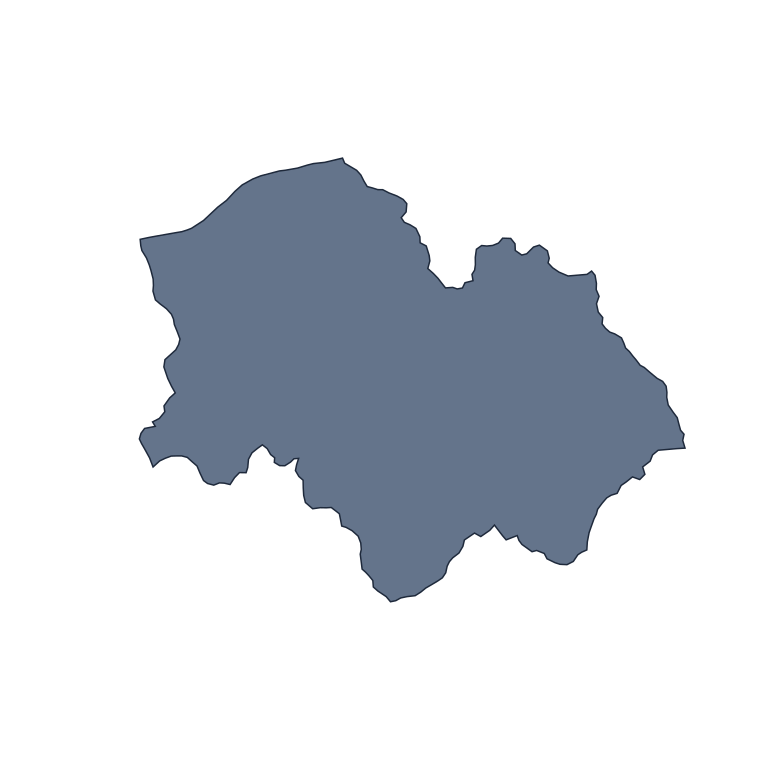 Cardoso, São Paulo, Brazil (Albers equal-area conic projection), rotated 329°
{"feature_id": "56859067B23507277566037", "entity_name": "Cardoso", "entity_type": "district", "adm_level": 2, "iso_a3": "BRA", "parent_name": "Brazil", "parent_adm1": "São Paulo", "projection": "albers", "projection_center": [-49.951, -20.067], "detail": "fine", "context": "isolated", "style": "filled", "palette": "slate", "viewbox_px": 768, "rotation_deg": 329, "n_neighbors": 0, "source": "geoboundaries", "source_scale": "gbopen_adm2", "svg_char_len": 3375}
<svg xmlns="http://www.w3.org/2000/svg" viewBox="0 0 768 768"><g transform="rotate(329 384 384)"><path d="M249.5,134.4L246.7,140.3L245.2,144.9L245.3,153.6L244.1,161.1L242.8,166.4L240.2,175.1L237.1,180.8L233.8,185.4L231.4,194.2L233.2,199.7L236.3,207.5L237.7,214.7L237.0,219.9L234.9,225.1L233.7,232.9L232.3,240.4L228.3,244.4L223.1,247.5L208.8,250.3L204.1,256.0L201.5,267.9L200.7,276.5L200.5,284.1L193.2,285.5L184.1,289.5L181.8,294.9L173.7,297.8L166.1,297.3L166.1,302.5L155.9,298.8L150.3,301.1L146.0,305.1L145.5,310.2L145.4,316.0L145.0,326.6L143.3,336.2L152.1,334.4L158.3,335.0L164.5,336.2L169.5,339.0L173.5,341.4L177.6,345.6L179.6,352.2L181.5,358.0L180.4,365.5L179.6,373.8L181.5,378.4L186.0,383.0L192.0,384.0L196.0,386.7L200.3,390.9L207.7,387.3L214.5,385.5L220.1,389.0L224.2,385.4L229.1,378.7L235.4,375.0L242.7,374.0L248.4,373.5L250.6,379.2L250.5,386.1L252.3,390.9L249.6,394.7L252.5,400.2L256.9,403.0L263.7,402.8L268.3,401.7L272.5,403.8L267.4,408.3L263.5,412.6L263.4,419.4L265.1,424.8L261.2,431.6L257.8,438.1L255.6,445.1L258.6,454.2L265.7,457.2L270.8,460.4L275.2,462.7L278.9,472.2L276.9,477.8L274.6,484.0L277.7,487.4L281.1,493.3L283.5,501.1L282.2,508.3L279.3,514.1L276.0,517.6L272.0,526.7L269.9,531.4L271.3,535.8L272.3,540.5L273.2,546.7L270.3,552.5L272.1,558.3L276.4,567.4L277.4,574.0L282.5,575.8L288.1,576.0L294.2,578.1L301.7,581.5L308.6,581.3L314.6,580.4L321.0,580.5L329.0,580.5L334.2,580.2L339.7,577.6L344.3,572.7L348.5,570.0L353.3,568.4L361.2,567.5L368.0,563.8L372.6,559.1L384.8,558.4L388.4,564.6L399.3,563.9L406.0,561.8L407.5,575.2L408.4,580.5L420.1,582.5L419.1,587.6L419.6,592.6L424.5,604.0L429.1,605.3L434.1,611.8L433.7,617.8L438.6,625.3L442.0,629.2L447.8,633.1L454.9,633.6L462.2,630.2L466.8,630.0L472.4,630.7L477.0,624.0L483.2,617.1L488.0,613.1L494.6,607.7L498.9,605.0L502.6,601.4L509.4,598.6L516.3,596.3L521.4,596.3L527.5,597.8L535.0,593.1L541.1,592.7L549.1,591.6L554.0,597.6L561.1,595.8L563.0,588.3L572.4,587.2L577.7,583.1L584.9,582.0L601.5,590.1L609.0,594.0L611.0,586.2L615.3,581.6L614.4,576.4L616.3,569.6L618.0,563.9L617.3,556.9L616.8,548.4L619.5,541.0L622.2,536.9L624.7,531.2L624.2,525.3L621.0,519.8L617.8,510.7L615.6,503.9L613.2,499.9L612.5,493.3L611.7,488.4L611.0,482.4L609.6,477.6L610.6,472.6L611.3,466.8L607.6,459.9L604.2,455.7L602.5,450.3L601.9,444.8L605.7,439.7L604.7,432.7L607.5,424.6L613.5,419.6L614.5,412.4L617.9,407.2L620.9,399.5L620.1,394.1L614.5,394.6L603.3,389.1L597.4,386.2L591.6,378.2L588.4,371.2L587.0,364.7L590.4,361.3L592.6,354.0L588.7,345.0L582.7,343.6L573.4,345.9L568.5,344.4L565.3,337.2L568.5,331.3L567.6,324.5L560.8,320.1L554.7,322.2L548.5,321.2L543.2,318.7L539.0,315.6L532.6,316.1L527.5,322.4L523.7,328.9L520.3,333.1L515.9,335.3L513.5,341.3L505.6,338.9L500.7,342.1L495.7,340.2L492.7,336.6L486.2,333.3L485.4,327.1L484.7,321.1L483.2,314.6L481.0,307.6L486.7,302.1L488.9,297.2L491.3,287.4L487.7,281.6L490.6,276.2L491.5,267.1L488.4,261.1L484.7,255.9L484.4,250.3L491.6,247.9L496.4,241.2L495.5,235.7L492.0,229.6L486.7,222.8L483.0,216.8L478.8,214.2L474.9,209.8L471.3,206.1L471.3,199.9L471.8,192.9L470.6,186.7L467.9,181.7L464.0,174.5L464.8,169.0L447.4,163.5L437.0,158.7L431.1,156.9L421.1,154.4L409.4,149.9L404.1,147.5L385.6,142.1L377.2,140.7L365.0,140.3L355.5,142.1L343.6,145.5L332.5,146.8L313.5,150.9L299.2,151.4L294.5,150.6L289.1,149.3L284.1,147.3L265.1,140.0L258.2,137.4L249.5,134.4Z" fill="#64748b" stroke="#1e293b" stroke-width="1.5"/></g></svg>